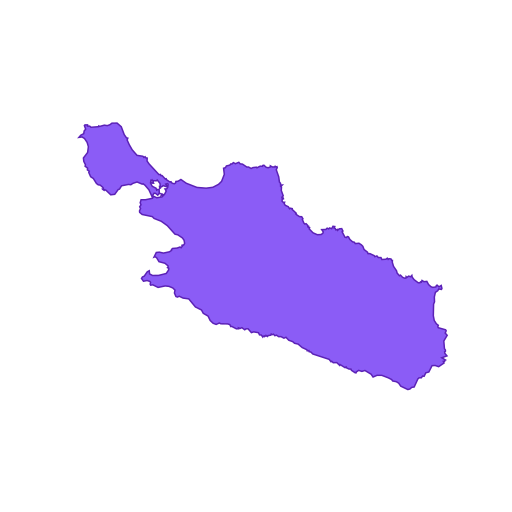 Kangaroo Island, South Australia, Australia (Albers equal-area conic projection), rotated 215°
{"feature_id": "25037944B21501160534360", "entity_name": "Kangaroo Island", "entity_type": "district", "adm_level": 2, "iso_a3": "AUS", "parent_name": "Australia", "parent_adm1": "South Australia", "projection": "albers", "projection_center": [137.321, -35.824], "detail": "fine", "context": "isolated", "style": "filled", "palette": "violet", "viewbox_px": 512, "rotation_deg": 215, "n_neighbors": 0, "source": "geoboundaries", "source_scale": "gbopen_adm2", "svg_char_len": 6111}
<svg xmlns="http://www.w3.org/2000/svg" viewBox="0 0 512 512"><g transform="rotate(215 256 256)"><path d="M416.5,223.8L410.1,222.8L407.1,225.5L407.0,231.4L406.2,232.5L406.4,236.4L401.5,241.5L399.4,242.6L398.5,244.9L395.9,248.4L390.4,249.6L389.9,250.4L387.5,250.3L381.7,248.8L375.4,245.1L375.5,249.0L374.2,249.7L371.4,249.5L371.3,251.3L370.2,252.2L371.5,252.3L373.5,254.9L374.6,254.3L375.1,253.0L376.8,254.2L381.0,253.6L384.3,255.3L385.4,257.6L384.8,257.6L384.8,258.7L382.8,257.9L383.2,258.9L380.8,260.4L380.5,261.6L376.3,260.4L374.0,257.8L373.0,258.5L372.4,260.4L369.1,261.4L369.4,262.5L371.2,263.1L370.1,264.5L369.2,264.5L367.7,261.6L367.6,259.8L369.0,258.7L366.8,257.7L366.3,254.0L366.9,250.5L370.7,246.8L374.1,246.2L373.9,243.9L378.8,238.7L382.4,236.2L381.4,233.2L379.6,232.0L379.5,229.6L377.8,228.7L377.3,226.1L376.3,225.0L373.1,224.7L363.5,228.8L361.1,228.3L353.6,230.1L346.0,230.0L334.9,227.4L332.2,228.5L326.6,228.6L323.9,227.6L321.7,225.4L321.5,223.8L323.2,221.9L321.9,222.5L322.1,219.8L323.4,219.8L325.2,217.2L328.6,214.4L329.0,212.9L328.4,212.2L329.3,209.8L333.5,205.3L337.4,203.7L339.7,201.7L338.9,196.6L338.3,197.5L336.5,197.6L332.2,195.7L326.5,197.8L322.5,197.5L321.7,196.6L321.8,195.7L320.5,195.9L319.6,194.5L319.5,190.2L324.7,184.2L329.6,180.7L332.9,180.3L335.0,182.7L336.0,180.7L336.0,175.4L337.0,173.7L336.9,171.9L333.7,170.8L331.2,173.4L328.4,174.3L327.3,174.0L326.5,172.2L325.6,171.7L324.0,173.2L318.2,174.1L313.2,179.4L309.9,181.2L305.9,182.1L302.8,181.6L301.6,178.9L298.4,176.9L296.8,177.3L295.8,179.0L291.6,179.7L286.5,182.3L276.4,179.5L269.7,180.5L266.3,178.8L260.8,179.3L256.6,176.9L252.6,176.3L249.4,177.1L247.6,180.1L245.9,180.3L240.3,184.1L238.1,184.8L236.2,183.7L235.5,184.4L230.3,185.1L228.5,186.4L229.2,187.1L227.4,187.6L226.5,189.2L222.9,189.1L222.4,190.6L220.8,191.8L215.8,190.6L214.4,192.5L210.0,194.6L207.9,193.4L206.3,194.3L204.0,193.5L204.1,194.4L202.9,194.8L203.2,195.4L202.0,196.0L202.2,196.7L200.4,196.7L200.5,197.7L198.5,199.6L198.8,200.8L197.7,200.8L196.8,202.0L194.9,201.5L193.8,202.9L191.2,202.9L189.3,204.3L186.0,204.7L184.8,206.6L180.8,205.8L176.8,206.9L174.4,206.6L171.0,208.0L165.7,207.5L160.6,208.4L159.7,207.7L158.4,208.9L157.7,208.1L155.8,208.8L153.3,208.3L136.8,213.3L133.9,212.4L133.6,213.2L131.5,212.9L128.7,215.0L124.7,214.4L124.9,215.3L119.0,215.6L118.6,216.8L117.7,216.3L115.1,216.7L113.3,217.8L112.3,217.1L107.7,217.2L107.0,217.8L107.4,218.4L106.3,221.2L103.1,222.2L101.1,224.7L93.9,225.2L90.7,224.0L88.4,227.7L84.5,230.4L77.7,232.1L74.0,232.6L72.4,232.0L69.0,233.5L66.2,233.7L62.8,232.4L55.0,233.7L53.6,235.4L53.1,237.7L51.3,239.4L52.9,248.2L52.5,249.8L50.7,251.1L50.7,253.2L49.3,253.9L49.9,257.7L47.9,260.1L48.9,267.2L46.4,269.1L42.9,270.1L40.6,276.2L42.1,277.1L41.1,277.9L41.5,278.6L41.1,279.5L45.4,279.2L42.3,283.7L45.5,284.6L46.6,285.8L46.2,286.6L46.9,287.6L48.5,288.2L53.4,294.1L53.9,300.7L56.8,301.4L57.3,303.8L58.4,304.3L65.6,301.8L66.6,302.5L66.9,303.8L69.3,303.9L73.0,305.4L76.5,308.8L82.9,318.4L83.5,320.9L86.4,324.7L88.2,329.1L87.2,331.8L87.4,333.8L84.9,335.0L85.1,336.1L87.4,338.1L88.4,335.7L91.0,336.0L91.3,335.2L90.9,333.8L93.2,331.7L95.0,331.2L98.3,331.6L101.5,333.2L103.7,331.3L106.0,331.2L105.5,329.4L106.4,329.2L106.4,328.0L107.8,327.1L112.9,327.3L116.0,328.3L117.2,329.5L117.4,327.7L119.4,327.1L120.1,325.0L121.2,325.2L120.6,324.0L121.2,323.2L123.7,322.6L126.7,323.2L127.2,322.1L130.7,323.0L132.4,324.5L137.4,326.4L140.7,329.0L141.7,330.6L142.3,330.2L143.7,331.0L145.5,330.1L145.8,329.0L147.2,329.5L147.7,327.9L150.9,325.3L152.7,326.4L155.0,324.9L157.0,325.4L158.3,323.6L159.4,324.1L164.0,323.3L165.6,322.2L166.9,323.1L171.2,323.3L174.0,325.2L176.1,325.6L179.0,325.5L181.8,323.1L183.3,323.7L185.1,323.0L188.6,323.4L191.2,324.7L192.4,324.3L192.5,323.0L193.9,322.4L199.3,325.2L199.1,326.3L201.5,327.6L203.3,326.1L203.9,323.9L204.5,324.5L205.5,323.2L206.9,324.0L208.1,323.7L208.4,325.3L210.0,324.5L209.7,321.8L211.8,321.2L212.0,319.9L213.7,319.6L214.0,317.8L217.3,315.3L214.7,314.3L214.3,313.1L214.9,311.0L218.0,308.6L222.6,307.7L227.9,308.7L228.4,310.0L229.6,309.5L229.9,310.4L230.6,310.0L231.1,310.7L233.5,311.2L234.3,310.2L235.6,310.4L239.0,312.5L238.9,313.4L241.1,314.4L243.0,313.2L245.9,313.1L247.6,313.3L247.6,314.1L253.1,314.9L253.5,315.6L255.4,314.8L255.6,314.0L257.9,314.9L261.1,314.3L263.0,315.1L263.4,316.4L264.4,315.6L266.0,315.8L267.0,317.4L266.3,318.6L266.9,319.1L267.6,318.3L268.5,319.0L268.2,320.9L272.9,324.2L274.6,327.0L275.6,327.1L275.2,329.2L276.6,328.2L277.6,329.6L279.2,330.0L282.8,333.9L288.9,338.3L289.3,340.6L290.1,341.2L290.7,340.4L291.8,340.5L291.8,339.6L293.7,338.3L295.9,338.1L295.3,337.3L296.6,335.3L298.5,334.5L301.6,334.9L302.4,334.0L302.1,333.2L304.1,332.0L305.8,328.8L306.6,329.0L309.2,326.7L310.2,324.9L313.2,324.6L314.5,323.6L319.8,323.5L321.8,322.4L323.8,322.9L325.8,319.8L328.1,319.5L328.5,317.6L329.5,316.9L329.6,315.4L331.9,312.8L331.7,310.8L332.9,309.3L328.8,304.7L327.0,297.4L327.8,293.2L330.7,287.6L335.7,283.0L343.7,278.3L354.8,275.6L361.4,275.6L362.7,272.6L364.4,271.1L363.8,269.9L364.2,268.5L365.5,267.8L367.7,267.5L368.2,268.1L369.3,267.2L373.8,267.2L374.0,267.7L374.7,267.1L379.0,268.0L379.9,267.3L381.0,268.0L382.2,267.0L396.4,270.1L399.7,271.3L401.3,273.8L402.5,273.2L403.8,273.7L404.5,271.9L404.6,272.7L405.9,272.8L411.2,270.2L418.4,272.0L423.7,274.5L428.1,277.1L428.6,279.0L429.9,278.5L433.5,279.8L440.5,284.6L446.0,285.2L450.2,282.2L451.0,279.7L452.6,277.5L455.3,276.2L458.4,272.4L459.4,272.4L459.3,271.5L465.0,266.8L466.7,267.0L468.5,265.8L469.2,266.8L471.3,265.3L471.4,264.4L468.3,262.2L468.5,259.9L467.3,257.4L468.8,254.5L469.1,251.6L466.8,253.7L463.9,253.9L459.5,252.2L456.0,249.4L453.3,244.2L453.6,237.3L451.3,234.7L448.0,232.9L447.5,231.5L444.4,231.4L443.5,229.8L441.2,229.8L440.9,228.5L436.9,226.1L433.7,226.2L428.3,223.9L426.1,223.8L424.3,224.7L421.0,224.4L420.0,224.0L419.6,223.4L420.1,222.8L419.5,222.7L418.0,222.7L418.0,223.5L416.5,223.8ZM373.3,256.9L374.6,258.1L375.0,257.7L373.6,256.2L373.3,256.9ZM381.7,256.9L382.5,257.3L383.4,256.2L382.5,256.3L381.7,256.9ZM368.7,252.9L368.4,251.4L367.2,253.1L368.7,252.9Z" fill="#8b5cf6" stroke="#5b21b6" stroke-width="1.5"/></g></svg>